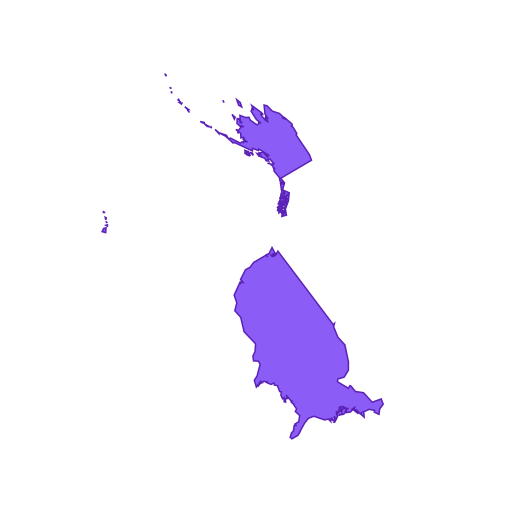 United States of America, Robinson projection, rotated 53°
{"feature_id": "USA", "entity_name": "United States of America", "entity_type": "country or territory", "adm_level": 0, "iso_a3": "USA", "parent_name": "North America", "parent_adm1": "", "projection": "robinson", "projection_center": [-126.716, 45.186], "detail": "fine", "context": "isolated", "style": "filled", "palette": "violet", "viewbox_px": 512, "rotation_deg": 53, "n_neighbors": 0, "source": "natural_earth", "source_scale": "50m", "svg_char_len": 6173}
<svg xmlns="http://www.w3.org/2000/svg" viewBox="0 0 512 512"><g transform="rotate(53 256 256)"><path d="M429.9,252.4L442.7,251.2L445.5,242.0L450.9,243.6L452.6,249.3L456.5,253.1L451.9,255.5L450.7,254.2L446.5,258.0L445.3,263.8L449.8,266.6L445.8,267.4L444.7,266.0L444.7,267.8L439.9,268.2L436.7,270.5L436.8,269.2L436.3,268.4L436.0,271.5L437.1,272.0L437.4,274.6L435.5,278.0L432.5,275.9L433.7,273.8L432.2,275.3L433.3,277.6L434.6,279.0L435.1,280.5L433.0,286.0L433.3,282.5L430.3,279.3L431.3,275.8L429.0,276.9L430.8,281.9L428.2,280.4L427.4,280.6L427.8,279.0L427.7,278.5L427.1,279.7L427.3,280.8L431.2,282.8L428.0,281.6L431.3,284.2L429.8,284.4L431.8,286.4L431.5,286.7L430.4,285.7L428.2,285.2L431.2,287.1L432.9,287.0L435.5,291.7L433.3,288.1L434.2,290.4L430.9,289.9L434.7,291.6L433.6,293.7L430.3,293.0L432.4,294.1L431.0,295.1L433.0,295.9L429.6,296.4L428.3,299.8L418.8,306.2L417.2,311.9L418.7,317.7L424.5,330.6L423.6,337.4L421.3,337.8L418.7,334.2L418.0,331.1L414.4,327.6L415.3,326.0L413.7,326.1L414.0,321.6L409.7,317.1L403.9,318.2L402.5,315.6L396.7,315.3L397.3,314.3L396.4,315.3L393.8,315.8L393.5,313.8L393.2,315.2L385.3,315.6L388.8,316.6L387.8,318.5L390.5,320.3L389.3,321.2L386.2,318.8L386.1,320.7L382.1,319.9L379.7,317.5L378.5,318.7L372.5,316.9L369.4,319.5L370.2,318.8L368.3,318.1L367.6,321.3L364.2,323.3L362.7,322.4L363.6,323.5L360.9,324.8L360.1,328.3L358.9,327.8L360.9,334.6L354.2,332.1L352.5,327.4L345.0,317.9L341.4,317.4L338.3,321.1L334.0,318.7L331.8,314.3L325.9,309.2L309.3,311.1L295.7,305.1L287.0,305.9L281.8,299.5L274.1,297.0L267.2,284.3L268.7,284.6L267.8,282.3L270.6,282.1L265.4,282.4L260.6,272.6L261.4,267.5L259.7,261.7L261.4,247.2L264.0,247.5L261.2,247.0L261.9,244.1L258.9,238.1L265.4,239.2L264.2,242.3L266.2,240.1L266.1,242.7L264.6,243.4L265.7,243.5L266.9,242.4L267.2,239.7L265.3,235.6L357.3,235.6L357.1,234.0L359.3,236.6L370.2,239.5L380.5,238.5L396.2,245.9L402.8,250.9L405.8,258.5L403.5,264.6L405.5,266.6L417.2,261.8L416.1,258.9L417.1,258.4L424.0,258.2L429.9,252.4ZM241.7,207.1L239.9,211.6L238.4,210.0L239.4,209.4L238.6,206.3L236.2,207.1L235.1,208.4L237.0,205.8L233.1,202.4L231.1,201.9L230.6,200.1L232.3,200.4L231.0,199.3L232.1,199.1L229.5,198.3L230.1,196.5L227.3,196.8L225.7,192.9L226.3,197.6L223.8,197.0L223.2,194.4L222.9,195.5L220.6,194.5L223.3,196.8L221.6,197.6L212.2,192.4L213.2,190.8L213.8,192.1L214.8,191.2L213.5,190.5L210.3,191.7L207.5,190.1L199.1,190.5L197.0,189.3L197.8,188.0L196.0,189.1L192.2,187.8L193.0,186.2L187.0,186.5L185.7,188.7L187.8,188.7L186.1,190.6L183.2,190.2L177.9,193.6L174.8,193.5L177.9,191.5L175.5,191.5L177.8,187.7L184.7,187.2L181.9,186.0L184.0,184.8L172.3,189.4L173.2,190.6L167.9,194.0L169.9,195.6L152.5,204.9L152.0,206.3L142.0,208.2L135.4,211.3L141.7,207.0L146.0,207.4L146.5,205.4L156.4,200.6L156.4,198.4L157.8,197.8L157.0,196.9L159.8,194.1L155.1,196.1L154.4,195.2L155.8,194.7L153.5,194.7L152.6,197.0L148.8,194.4L143.0,196.0L145.0,194.2L143.8,189.5L145.6,187.9L142.9,189.5L143.0,190.6L138.7,191.4L135.1,188.5L137.2,187.1L140.1,188.3L140.9,187.1L136.3,187.0L137.3,186.3L134.0,184.2L139.2,180.9L141.0,178.1L144.1,178.8L151.7,176.4L152.1,174.1L150.9,173.4L153.0,172.0L147.2,173.6L137.5,172.8L135.9,170.6L138.3,170.1L133.2,168.8L144.7,165.3L146.8,165.2L147.1,165.4L145.5,166.7L146.3,167.2L154.1,166.8L152.0,166.1L150.3,164.2L151.1,164.0L152.8,165.8L156.6,165.9L152.3,164.9L153.0,163.7L148.0,163.4L140.3,158.7L142.6,156.8L150.3,155.7L156.2,151.5L161.3,150.6L161.7,151.7L163.3,150.8L161.5,150.5L162.8,149.9L172.1,147.8L174.2,148.8L172.9,149.7L175.9,148.9L182.8,149.7L183.5,151.1L207.0,152.3L212.9,154.0L208.8,189.4L214.7,189.2L219.2,195.0L225.5,191.4L231.5,197.0L236.2,204.3L241.7,207.1ZM168.0,199.2L172.8,200.3L170.5,200.6L171.2,201.2L169.3,201.7L167.7,202.4L166.7,203.5L167.5,202.7L164.9,201.3L167.0,200.0L168.0,201.4L168.0,199.2ZM230.6,205.3L234.9,208.7L233.8,208.3L233.4,208.8L235.5,209.8L235.3,211.8L230.2,207.5L231.6,207.0L230.0,206.8L230.6,205.3ZM143.9,364.2L142.3,361.1L143.2,358.8L146.9,362.0L143.9,364.2ZM119.5,177.3L123.9,176.2L128.4,177.7L125.1,179.1L119.5,177.3ZM221.6,198.7L226.6,198.6L225.4,199.5L226.6,200.7L224.7,200.0L223.5,200.8L221.6,198.7ZM132.6,189.1L133.7,190.9L128.4,189.8L130.3,189.7L132.6,189.1ZM225.0,200.5L227.4,203.8L227.1,205.8L224.9,201.6L223.7,202.6L225.0,200.5ZM226.8,197.2L228.9,198.0L230.1,200.1L228.7,198.5L229.8,201.1L228.1,202.4L226.8,197.2ZM130.2,212.5L135.3,211.4L136.1,212.0L130.2,212.5ZM237.8,206.8L238.0,209.8L236.0,209.8L237.8,206.8ZM441.7,269.5L443.7,269.2L436.7,271.0L442.3,268.8L441.7,269.5ZM229.5,202.6L232.7,203.1L231.5,203.3L231.9,204.7L229.5,202.6ZM119.6,217.6L125.3,215.1L123.1,217.0L119.6,217.6ZM171.5,196.9L174.0,197.6L169.6,198.3L171.5,196.9ZM228.2,203.3L230.2,204.0L228.6,206.3L228.2,203.3ZM119.1,217.5L117.1,218.7L115.0,219.6L118.3,216.9L119.1,217.5ZM234.4,204.6L234.3,206.9L233.3,205.9L234.4,204.6ZM141.1,357.4L141.7,355.9L142.7,356.7L141.1,357.4ZM97.8,222.5L93.9,223.0L98.4,221.7L97.8,222.5ZM231.9,209.8L233.1,212.0L230.9,209.4L231.9,209.8ZM135.5,352.6L136.7,354.3L134.3,353.1L135.5,352.6ZM188.8,191.0L190.1,189.2L190.7,189.5L188.8,191.0ZM55.5,219.2L57.5,218.9L58.4,219.5L55.5,219.2ZM130.5,350.4L129.4,351.7L128.8,351.2L130.5,350.4ZM89.3,223.1L89.8,224.1L87.9,224.7L89.3,223.1ZM86.0,223.8L84.4,224.4L84.3,223.5L86.0,223.8ZM111.7,188.7L113.6,189.0L114.0,189.4L111.7,188.7ZM192.0,188.7L193.4,189.0L191.6,189.0L192.0,188.7ZM233.6,204.9L232.7,205.6L232.3,205.2L233.6,204.9ZM229.9,208.7L231.4,208.7L230.2,209.6L229.9,208.7ZM98.2,222.5L100.3,222.7L101.4,222.7L98.7,222.9L98.2,222.5ZM137.9,355.2L139.2,354.8L140.1,355.0L137.9,355.2ZM87.8,223.3L85.7,224.4L87.8,223.3ZM265.9,238.1L266.8,239.8L266.7,240.1L265.5,238.8L265.9,238.1ZM127.2,214.4L126.1,214.6L125.9,214.2L127.2,214.4ZM361.5,333.4L360.4,330.5L360.4,328.9L360.6,330.6L361.5,333.4ZM146.7,196.3L146.1,195.9L147.5,195.4L146.7,196.3ZM74.4,224.6L75.3,225.6L73.6,224.5L74.4,224.6ZM170.0,202.1L169.0,202.6L168.8,202.4L169.2,201.9L170.0,202.1ZM70.6,223.3L69.4,223.5L71.1,222.6L70.6,223.3ZM360.8,327.4L360.4,328.7L361.4,326.2L360.8,327.4ZM422.8,326.3L423.9,328.9L422.6,326.1L422.8,326.3ZM436.1,293.3L435.4,294.3L435.7,291.9L436.1,293.3ZM435.0,281.5L434.4,282.9L435.0,281.0L435.0,281.5Z" fill="#8b5cf6" stroke="#5b21b6" stroke-width="1.5"/></g></svg>